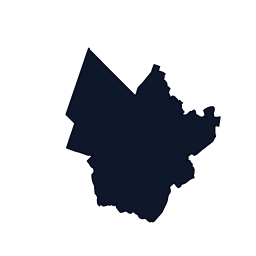 Nong Khae, Saraburi, Thailand (Mercator projection), rotated 135°
{"feature_id": "78962969B39575483913595", "entity_name": "Nong Khae", "entity_type": "district", "adm_level": 2, "iso_a3": "THA", "parent_name": "Thailand", "parent_adm1": "Saraburi", "projection": "mercator", "projection_center": [100.849, 14.353], "detail": "fine", "context": "isolated", "style": "filled", "palette": "ink", "viewbox_px": 256, "rotation_deg": 135, "n_neighbors": 0, "source": "geoboundaries", "source_scale": "gbopen_adm2", "svg_char_len": 5408}
<svg xmlns="http://www.w3.org/2000/svg" viewBox="0 0 256 256"><g transform="rotate(135 128 128)"><path d="M116.5,46.4L115.8,47.9L115.4,48.4L114.9,48.7L113.5,49.6L112.8,50.1L112.2,50.9L111.6,51.9L111.0,51.6L110.1,53.6L110.0,53.8L110.0,54.8L110.0,55.3L109.7,56.1L108.6,56.8L108.3,57.1L108.3,57.4L108.2,58.3L108.3,59.4L108.4,59.8L108.2,59.9L107.9,60.3L107.7,60.8L107.7,61.6L107.9,62.1L108.3,62.4L108.6,62.6L109.3,62.7L109.4,62.9L109.4,63.0L109.1,63.4L108.6,63.5L108.2,63.7L108.1,64.1L107.9,64.1L107.5,64.0L107.2,64.0L107.1,64.4L106.7,64.6L106.5,65.1L106.4,65.2L104.8,66.1L104.0,65.9L104.0,65.5L104.0,65.4L103.5,65.5L102.2,65.4L101.8,65.3L101.4,65.0L101.1,64.5L100.9,64.5L100.5,63.6L100.5,63.2L100.3,61.9L99.4,61.9L99.3,61.5L99.2,61.4L98.3,61.1L98.2,61.2L98.1,61.4L96.8,60.9L96.3,61.0L94.4,60.8L90.9,60.6L88.0,60.1L83.8,59.7L81.0,59.2L79.6,59.1L77.9,58.8L77.4,58.9L75.8,59.3L75.7,59.3L75.6,59.5L74.4,60.0L74.0,60.1L72.4,60.2L72.1,60.4L71.9,60.9L71.6,60.9L71.5,61.5L70.6,62.6L69.1,64.4L67.7,65.7L66.7,66.8L65.6,67.6L65.0,68.0L64.4,68.3L62.5,65.4L55.6,70.5L55.3,70.8L57.4,72.2L59.6,74.5L59.3,75.5L59.1,76.0L58.8,76.5L57.6,77.9L57.0,78.5L56.5,78.8L56.1,79.0L54.7,79.6L54.2,80.1L53.6,80.6L53.0,81.6L52.9,81.7L52.9,82.1L53.0,82.9L53.7,83.4L54.3,84.0L55.0,84.1L55.2,84.6L55.2,84.8L56.2,84.8L56.7,85.3L57.4,85.8L58.9,86.1L60.1,86.6L61.1,86.7L62.1,86.6L62.9,84.6L63.3,83.9L63.9,83.2L64.5,82.6L65.0,82.1L65.5,81.8L66.4,81.3L66.5,82.6L67.9,82.9L68.4,83.1L68.5,83.3L69.7,85.9L69.6,86.4L70.3,88.5L70.5,89.8L70.5,90.4L70.4,90.5L70.2,90.7L69.7,90.9L69.0,91.9L68.7,92.6L68.6,93.6L68.9,93.9L69.8,94.2L71.1,94.3L72.1,95.2L72.7,95.5L73.8,95.6L74.7,95.4L76.0,95.7L76.3,95.2L76.8,95.5L77.2,95.9L77.8,96.0L78.3,96.0L78.5,96.2L78.8,96.9L80.8,99.5L80.7,99.8L80.3,99.9L79.7,99.9L78.0,99.7L77.5,99.8L77.2,99.9L77.1,100.0L77.1,101.8L76.2,104.7L76.1,105.0L75.9,105.2L74.9,105.6L74.6,105.9L74.4,106.4L74.4,107.0L74.0,107.4L73.4,107.3L72.9,107.3L71.9,107.4L72.3,108.8L72.4,109.1L72.3,109.6L72.2,109.6L72.1,110.7L73.7,110.8L74.1,110.8L73.7,112.0L73.4,112.1L73.2,112.8L73.2,113.5L73.2,115.4L73.1,116.8L73.3,117.9L73.5,118.3L73.7,118.6L74.0,118.9L75.0,119.1L75.4,118.6L75.5,118.5L76.0,119.1L76.5,119.3L76.8,119.3L77.3,118.8L77.4,118.7L77.6,118.8L77.8,118.9L77.8,119.3L77.7,119.4L77.2,119.6L76.2,120.5L75.5,122.1L75.3,122.6L75.1,123.3L75.0,123.6L74.6,124.4L74.3,124.8L74.2,124.9L73.4,125.2L73.0,125.5L70.7,126.2L70.6,126.3L70.6,126.5L70.7,126.8L70.7,127.9L70.8,129.3L70.9,130.0L70.9,130.6L70.8,130.8L70.1,131.0L69.4,131.9L69.1,132.5L68.7,134.2L68.6,135.1L68.7,135.7L69.1,136.7L69.1,136.9L69.1,137.0L66.6,138.6L66.3,138.9L65.7,139.6L63.9,140.1L63.7,140.1L64.0,142.3L66.4,147.1L62.4,149.1L64.1,152.7L64.8,154.1L67.7,152.8L71.9,150.7L85.7,149.3L91.7,149.2L92.6,148.9L93.4,148.6L94.4,148.1L97.3,146.4L98.0,146.1L98.9,145.9L100.2,145.7L100.2,160.8L100.2,161.8L100.2,165.1L100.2,171.0L100.2,176.1L100.2,179.5L100.2,186.5L100.2,193.4L100.1,194.0L100.1,208.6L100.1,210.2L100.0,210.5L99.7,211.3L98.9,212.2L102.8,210.4L141.2,191.5L150.9,186.8L150.9,186.6L151.4,186.5L162.1,181.3L162.1,181.2L162.1,168.8L178.7,160.6L179.6,160.1L184.7,157.6L185.2,157.4L185.1,156.8L181.0,148.1L180.5,147.2L180.0,146.7L175.4,137.2L175.2,136.8L174.9,136.6L174.3,136.7L173.7,136.4L173.7,135.3L173.5,134.9L173.4,134.4L172.5,134.5L172.4,134.5L172.2,133.6L172.1,133.1L172.8,133.1L173.2,133.2L175.4,133.3L180.0,133.3L180.6,129.3L181.1,127.5L181.1,126.9L181.2,126.0L181.1,125.5L180.6,125.0L180.4,124.7L180.9,123.9L181.3,122.9L181.2,122.5L181.2,122.4L181.5,122.2L181.6,121.8L181.7,121.7L181.9,121.6L182.3,121.6L183.1,120.7L183.5,120.3L184.3,120.6L184.9,120.5L185.8,120.3L186.5,120.3L186.7,119.8L186.8,119.5L187.3,119.5L187.4,119.4L187.5,119.3L189.0,117.4L190.2,115.6L190.9,114.4L192.5,110.4L192.8,110.1L193.2,109.6L194.0,108.9L194.4,108.4L194.9,107.7L197.2,105.1L197.4,104.4L197.3,103.7L197.7,101.7L197.8,101.6L198.0,101.1L198.5,99.9L199.6,99.4L200.1,99.0L200.6,98.5L201.9,96.9L202.8,95.8L203.0,94.4L203.1,93.4L202.0,93.4L200.4,93.2L200.4,92.8L200.9,91.6L200.5,90.5L200.2,90.2L199.8,89.9L197.0,88.2L196.0,87.7L195.8,87.6L195.7,87.3L195.6,86.7L195.4,86.4L194.0,85.8L193.6,85.5L193.4,84.9L193.0,83.6L192.8,83.4L192.3,83.1L190.6,82.8L191.7,80.6L192.0,79.8L192.3,78.8L192.4,78.2L192.8,74.9L192.8,74.0L192.5,73.6L192.0,73.1L191.4,72.7L189.8,71.9L188.2,71.2L187.9,70.6L187.5,69.4L187.4,68.5L187.4,67.9L187.2,67.4L186.3,65.8L185.5,65.8L184.8,65.9L184.5,65.8L184.2,65.7L183.7,65.2L183.4,64.9L183.1,64.6L183.0,64.2L182.9,63.9L182.9,62.7L182.9,61.6L182.8,61.3L182.3,60.8L182.2,60.5L182.2,59.7L182.4,59.0L182.8,57.9L182.9,57.4L182.8,57.2L182.9,56.9L182.9,56.6L182.9,56.1L182.7,55.4L182.4,54.8L182.1,54.2L181.7,53.7L181.1,53.2L180.5,53.0L180.0,52.6L179.8,52.4L179.5,51.6L179.3,50.7L179.2,49.8L179.2,48.5L178.9,46.5L178.7,46.2L177.8,45.9L177.3,45.6L177.2,45.5L176.9,44.5L176.7,44.3L176.1,44.1L175.0,43.8L173.5,43.9L172.4,44.0L171.7,44.1L165.7,44.4L164.1,44.6L163.2,44.7L162.6,44.9L160.2,45.8L155.3,47.5L154.1,47.9L152.8,48.6L152.0,48.9L148.6,51.3L147.7,51.8L146.8,52.3L145.8,52.5L145.0,52.7L144.2,52.8L143.8,52.9L143.1,53.3L142.5,53.9L141.9,54.7L141.2,55.8L140.9,56.7L140.9,57.1L140.6,57.1L137.4,57.1L135.0,56.9L134.1,56.8L134.2,55.2L134.6,51.8L134.4,50.4L134.1,50.1L133.8,50.0L133.4,50.0L133.2,49.9L131.9,49.9L129.8,50.4L129.1,50.2L128.1,49.5L126.0,48.7L124.7,48.6L122.8,48.3L121.4,48.3L120.1,47.8L119.5,47.8L118.6,47.5L116.5,46.4Z" fill="#0f172a" stroke="#020617" stroke-width="1.5"/></g></svg>